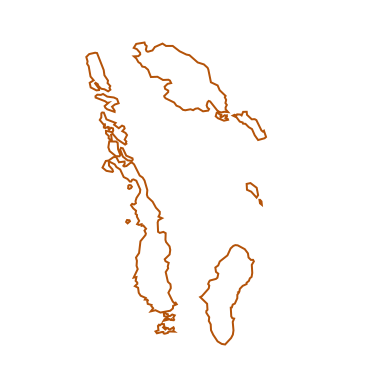 outline of Nusa Tenggara Timur, rotated 259°
{"feature_id": "IDN-1235", "entity_name": "Nusa Tenggara Timur", "entity_type": "Province", "adm_level": 1, "iso_a3": "IDN", "parent_name": "Indonesia", "parent_adm1": "", "projection": "natural_earth1", "projection_center": [122.339, -9.496], "detail": "fine", "context": "isolated", "style": "outline", "palette": "amber", "viewbox_px": 384, "rotation_deg": 259, "n_neighbors": 0, "source": "natural_earth", "source_scale": "10m", "svg_char_len": 6070}
<svg xmlns="http://www.w3.org/2000/svg" viewBox="0 0 384 384"><g transform="rotate(259 192 192)"><path d="M241.2,121.6L240.8,124.3L235.1,126.0L234.8,131.6L232.5,131.3L230.8,129.6L230.0,130.3L230.0,132.6L232.3,137.0L232.3,138.8L230.2,140.4L218.1,143.8L215.6,146.3L212.3,147.6L202.4,148.5L197.9,147.2L195.5,147.5L190.0,151.5L183.5,153.6L178.7,156.6L176.4,156.1L174.2,154.4L172.0,157.6L170.7,153.6L168.7,152.5L159.4,151.1L158.0,152.6L158.3,156.3L156.6,158.3L150.1,156.8L147.8,157.0L142.9,159.6L139.3,159.6L134.9,158.1L131.2,152.4L129.1,152.8L126.9,155.6L123.6,154.0L121.6,154.0L118.4,150.9L108.5,151.2L105.6,153.2L103.4,153.1L101.6,152.8L97.6,149.6L88.1,152.2L86.1,153.6L86.5,154.8L84.7,155.6L83.9,151.8L81.3,151.0L79.6,148.0L79.7,138.0L82.9,133.6L82.7,128.8L85.3,131.7L87.8,130.3L88.8,130.8L90.6,127.2L93.2,127.2L94.0,128.0L94.8,127.6L95.4,125.2L96.8,126.4L100.0,121.8L103.2,120.5L108.3,120.8L110.5,118.0L112.3,120.8L113.6,121.0L115.5,119.7L119.1,121.2L119.1,118.4L126.7,124.0L130.1,123.5L135.0,124.8L138.3,124.5L142.2,128.4L153.5,132.0L158.6,138.1L160.0,138.8L163.2,138.0L164.7,139.9L168.4,137.8L168.4,136.1L170.0,136.4L169.8,133.7L170.9,132.0L173.7,134.6L178.3,133.2L180.0,133.6L181.4,132.4L184.3,133.5L187.1,131.2L190.7,129.6L191.8,131.0L190.8,132.7L191.7,134.8L193.8,134.8L196.8,136.4L201.2,140.7L204.2,141.7L213.7,139.5L215.5,137.0L215.4,135.6L213.9,134.3L214.1,133.0L217.1,131.2L219.7,127.8L227.8,125.8L230.9,122.6L233.9,121.4L237.1,117.3L236.9,116.0L233.7,115.6L229.4,118.2L227.3,118.4L226.9,117.7L229.1,112.0L233.0,108.8L238.9,113.3L238.8,116.2L241.2,121.6ZM302.9,192.3L305.6,191.6L306.7,190.3L307.5,184.9L311.7,180.1L312.7,173.6L320.4,172.2L323.6,169.7L324.6,167.1L328.1,165.9L329.6,164.2L333.7,162.8L336.2,160.9L335.6,165.3L336.9,167.4L338.5,167.6L342.8,165.1L344.6,162.3L348.0,165.5L347.8,173.9L345.6,174.1L343.9,175.4L340.6,173.9L338.9,174.3L338.1,175.5L338.5,180.2L341.4,183.2L343.3,191.4L340.3,194.4L339.1,200.9L332.5,206.7L328.0,212.7L326.8,215.6L318.1,222.3L315.0,228.0L311.0,231.0L309.1,231.4L296.1,231.5L291.7,237.5L286.6,238.6L279.9,243.3L278.8,242.3L275.9,243.1L272.9,241.8L270.8,242.8L268.6,241.1L266.7,240.8L263.5,242.7L264.6,239.0L264.5,235.7L265.7,233.8L267.3,232.3L277.4,227.1L278.2,225.8L277.2,224.4L274.2,222.9L271.9,223.2L270.2,224.6L268.8,223.4L269.1,218.2L273.0,213.9L273.1,211.3L272.1,208.7L273.5,206.3L273.5,201.0L274.4,198.8L277.8,196.2L279.7,193.2L283.2,191.6L289.0,184.0L290.5,183.1L291.5,183.0L294.6,187.7L296.1,188.0L298.4,185.3L300.6,185.2L302.8,188.7L302.9,192.3ZM129.2,219.1L131.2,222.3L131.6,224.4L130.9,226.7L125.8,232.9L121.1,235.2L116.9,235.0L114.1,236.9L113.7,239.0L112.1,239.5L109.1,236.8L101.0,235.7L97.3,234.3L96.2,232.3L93.9,230.9L92.5,228.3L91.2,228.0L90.2,223.9L87.8,220.5L85.5,219.6L84.9,218.3L84.3,218.8L82.5,216.9L79.1,216.2L74.3,212.8L73.7,210.5L71.1,209.1L71.1,208.0L62.4,206.8L60.5,207.5L59.7,209.2L56.7,207.2L48.2,206.3L44.2,204.9L41.2,202.5L36.0,195.4L37.2,192.2L40.5,188.6L47.7,185.6L52.7,184.3L58.5,185.1L62.2,183.9L65.8,185.0L70.8,183.0L72.5,183.4L73.4,184.7L79.4,185.5L87.3,180.0L87.9,181.9L94.1,190.0L96.9,191.1L98.6,190.3L100.9,191.8L101.7,192.8L102.1,198.9L103.0,200.6L106.8,202.2L109.0,200.3L113.4,200.5L114.9,203.7L118.5,206.0L123.0,214.7L129.2,219.1ZM347.0,117.4L347.2,123.5L346.5,125.3L328.6,128.6L323.3,128.3L317.4,130.8L315.0,129.9L311.6,132.0L310.0,130.8L308.0,131.4L306.8,128.9L309.5,125.7L310.7,122.6L313.8,120.4L315.9,120.0L317.6,118.2L317.1,117.6L311.3,120.4L309.8,120.2L310.0,117.6L314.0,112.5L318.7,112.4L320.4,116.8L324.7,114.4L335.2,114.6L337.9,113.5L340.2,114.4L344.7,114.0L347.0,117.4ZM286.5,118.0L287.2,119.0L286.7,120.6L279.6,121.9L274.4,130.2L272.9,128.4L268.6,132.3L270.5,136.0L269.2,137.8L267.2,138.0L265.0,135.2L262.7,138.0L260.3,139.1L256.2,135.9L254.1,137.2L252.8,136.4L251.9,136.8L251.3,135.4L257.9,128.8L264.3,125.2L263.7,123.5L258.5,123.2L259.0,121.6L260.7,120.4L262.8,121.0L265.8,118.8L268.4,119.2L265.9,125.4L267.4,126.4L269.5,126.6L270.5,124.8L269.1,122.6L270.1,122.0L271.4,122.7L272.0,121.9L271.3,119.1L272.1,117.8L273.3,118.0L273.6,119.2L275.1,119.4L275.3,118.0L280.3,115.2L282.5,117.2L286.5,118.0ZM257.7,255.3L260.9,257.5L260.3,261.0L257.3,260.7L252.0,264.5L251.5,267.5L250.3,268.9L239.2,271.9L237.7,273.2L238.4,274.3L231.9,275.2L230.9,273.5L230.4,266.8L235.7,264.4L242.3,262.9L244.8,260.1L248.7,257.5L249.4,255.1L250.6,255.0L252.0,252.3L256.7,250.0L259.2,246.7L259.7,248.5L258.7,250.3L259.6,251.1L258.8,254.2L257.7,255.3ZM305.6,117.6L304.7,121.1L305.2,123.4L301.8,127.0L299.7,133.3L297.6,136.2L293.1,136.9L292.6,132.9L291.0,129.8L286.6,131.6L285.4,131.3L289.4,124.5L291.3,123.0L293.0,122.6L295.6,127.2L295.6,126.0L297.7,124.0L303.1,115.4L304.4,115.5L305.6,117.6ZM257.4,120.4L256.0,127.2L254.4,128.4L248.1,127.6L242.0,128.7L240.9,127.6L241.7,124.1L247.8,119.0L251.8,118.4L257.4,120.4ZM183.7,246.4L189.5,247.2L189.6,251.1L183.8,256.3L176.3,256.3L174.2,254.3L181.0,250.2L183.7,246.4ZM67.2,135.0L68.6,137.6L67.9,137.8L67.7,139.2L65.5,139.2L64.6,137.8L62.1,139.6L62.8,140.7L63.8,140.4L62.9,142.5L61.7,142.9L61.4,144.4L62.7,148.0L61.6,148.3L59.2,147.1L58.3,148.0L59.3,143.7L59.1,141.8L58.3,141.4L58.1,138.2L58.6,137.2L60.0,137.2L60.3,136.0L60.0,130.6L62.1,129.6L62.7,132.7L67.0,133.0L68.0,134.3L67.2,135.0ZM247.2,129.6L248.9,130.7L248.1,132.4L240.2,134.4L236.4,140.0L235.0,140.0L234.0,138.8L235.4,134.8L239.9,130.9L247.2,129.6ZM261.8,229.7L265.1,231.4L265.2,232.3L262.9,233.9L262.2,235.4L260.4,234.3L259.7,234.7L261.1,238.9L260.4,239.5L260.6,240.8L259.4,240.7L258.2,239.0L256.8,241.1L256.0,241.2L255.9,237.0L259.4,231.6L261.8,229.7ZM75.4,141.0L78.9,141.2L78.7,142.2L76.7,144.0L76.8,144.8L74.7,145.2L74.5,147.0L75.5,149.2L74.2,151.5L72.1,149.5L70.0,150.1L69.6,149.6L70.3,147.3L71.0,147.2L70.6,146.4L72.3,144.7L71.3,144.4L71.0,139.6L72.3,140.8L73.0,143.2L74.1,143.7L75.4,141.0ZM207.8,130.0L210.3,130.7L210.8,131.6L210.3,133.2L208.6,134.0L207.4,132.8L207.0,130.9L207.8,130.0ZM175.2,121.6L176.9,122.9L176.2,125.2L175.1,125.5L173.5,122.8L175.2,121.6ZM167.9,256.6L171.4,256.7L171.3,257.3L169.5,258.4L166.1,258.1L167.9,256.6Z" fill="none" stroke="#b45309" stroke-width="2"/></g></svg>